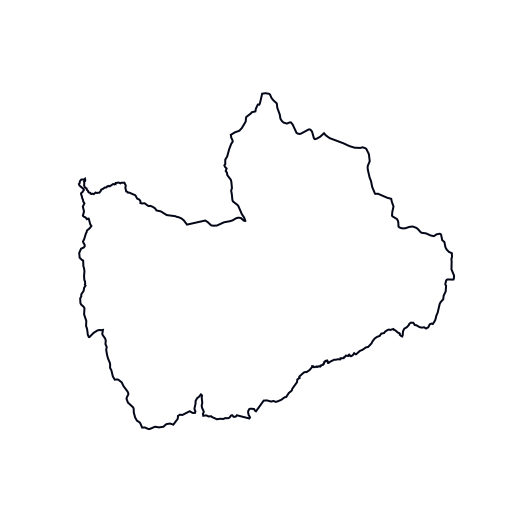 the district of Mongua, Boyacá, Colombia, rotated 160°
{"feature_id": "7082276B23995314387888", "entity_name": "Mongua", "entity_type": "district", "adm_level": 2, "iso_a3": "COL", "parent_name": "Colombia", "parent_adm1": "Boyacá", "projection": "natural_earth1", "projection_center": [-72.676, 5.698], "detail": "fine", "context": "isolated", "style": "outline", "palette": "ink", "viewbox_px": 512, "rotation_deg": 160, "n_neighbors": 0, "source": "geoboundaries", "source_scale": "gbopen_adm2", "svg_char_len": 6130}
<svg xmlns="http://www.w3.org/2000/svg" viewBox="0 0 512 512"><g transform="rotate(160 256 256)"><path d="M113.1,131.6L110.0,134.0L108.4,135.9L107.1,138.1L104.7,140.6L99.8,148.1L98.4,149.4L94.9,151.3L93.2,154.6L89.9,157.8L87.6,162.9L87.8,164.8L85.7,167.9L84.9,168.4L83.8,168.4L78.9,166.4L78.4,166.4L77.7,167.3L76.6,169.8L76.9,176.6L74.0,184.0L73.5,186.2L72.2,188.0L71.0,191.6L73.3,193.9L74.6,196.7L75.0,199.3L74.2,204.7L75.6,207.2L74.8,212.6L75.1,213.5L75.8,214.1L79.1,214.6L82.0,213.8L84.8,215.5L88.6,219.2L92.2,221.0L93.1,222.0L94.6,225.8L95.7,227.6L98.6,230.1L101.9,230.9L106.5,231.0L109.4,232.1L111.5,233.8L112.0,235.0L110.8,238.9L110.6,240.3L110.9,242.5L114.2,246.6L114.4,247.4L112.8,250.9L109.9,255.4L109.8,260.6L109.4,263.5L112.7,265.8L120.1,272.8L122.7,273.6L122.9,274.3L123.2,281.1L122.3,287.1L122.4,290.9L121.5,298.2L121.0,300.6L120.2,302.4L116.7,306.2L115.1,313.1L115.7,318.8L116.5,320.0L118.7,321.7L121.1,321.9L126.4,324.1L130.7,327.4L135.4,332.1L146.5,341.6L149.2,345.6L150.1,348.1L155.0,346.1L158.8,345.5L160.8,345.7L161.3,346.9L160.8,353.8L161.6,356.0L162.3,356.6L163.2,356.9L172.0,355.6L173.4,355.8L175.1,356.9L175.8,357.9L176.6,367.0L177.5,369.6L178.5,370.0L181.7,369.9L184.4,371.9L185.5,373.9L186.1,376.6L185.3,380.8L185.3,387.9L184.3,392.3L186.5,396.5L187.4,399.3L187.6,402.8L188.2,403.9L191.3,405.7L194.7,406.4L199.9,398.4L201.1,397.1L202.3,397.7L202.6,397.6L205.7,394.5L207.1,392.1L210.8,392.5L212.1,391.7L217.5,390.0L218.4,388.8L219.5,386.2L220.4,385.3L225.5,381.1L228.8,379.4L233.5,379.4L238.2,378.5L238.8,375.5L238.5,373.5L238.7,371.5L241.0,369.8L244.7,365.5L249.1,359.3L251.9,357.1L253.5,352.8L254.7,352.1L254.6,350.1L253.7,348.3L255.4,346.2L254.8,344.3L255.3,341.8L253.6,336.3L253.8,334.1L255.4,328.0L257.0,325.9L257.6,322.3L259.0,316.8L259.0,315.2L255.8,310.0L255.5,308.9L255.0,300.2L254.0,296.1L254.0,292.7L254.3,292.6L255.5,293.6L257.2,296.8L259.3,298.0L261.4,298.3L265.9,297.5L268.5,297.6L274.4,298.6L282.4,298.0L286.1,299.2L287.7,300.2L289.8,304.4L291.6,306.7L310.1,309.1L311.7,314.3L313.3,316.9L315.8,319.2L317.1,319.9L318.2,321.0L325.9,325.0L330.2,330.5L334.0,332.9L334.5,335.2L336.3,337.6L338.2,339.3L339.3,339.4L340.3,340.1L342.6,343.6L345.5,344.5L346.5,345.3L345.9,346.6L346.0,347.7L346.4,349.0L348.0,350.5L348.6,354.3L353.3,358.8L354.7,359.4L354.9,360.3L355.9,361.1L355.4,364.9L354.3,366.6L354.6,369.9L357.5,370.9L358.5,370.6L359.8,371.9L362.8,372.6L363.4,371.6L363.9,372.0L364.6,371.7L365.7,372.5L369.5,371.5L370.2,372.2L371.0,372.0L371.8,372.4L373.1,371.6L374.9,372.1L376.3,371.5L378.8,371.3L379.8,370.1L381.5,369.1L384.3,369.8L385.1,370.5L387.3,369.6L388.2,370.4L389.7,370.6L390.1,371.1L390.1,372.0L391.4,372.9L391.7,373.7L391.6,374.7L392.3,376.0L392.1,377.4L393.4,379.1L393.4,381.1L392.4,383.2L392.2,384.7L391.9,385.1L390.9,385.0L390.4,385.9L390.3,387.1L391.2,386.7L394.0,387.6L395.9,386.5L396.9,384.7L397.8,384.2L397.8,382.6L395.3,378.2L395.1,377.0L397.1,375.5L399.0,374.7L399.3,373.4L399.2,371.5L399.5,370.2L399.4,367.8L399.7,366.2L399.2,364.2L401.8,361.7L402.4,356.6L404.9,353.1L404.5,352.0L403.0,350.5L402.3,348.4L400.9,348.6L400.4,348.2L400.9,342.5L400.4,340.5L403.1,338.8L406.1,337.8L407.0,336.3L408.0,335.5L411.7,330.6L413.6,328.8L413.7,328.0L413.2,325.1L413.6,323.8L414.9,322.9L417.9,322.7L421.1,319.3L422.3,314.7L420.8,311.6L420.2,311.2L420.0,310.7L421.7,305.5L421.8,303.3L422.4,300.4L424.5,295.8L425.5,292.2L425.4,290.6L426.0,288.4L426.6,287.7L426.3,286.5L428.3,285.0L429.9,282.2L433.3,279.7L434.0,277.8L435.7,276.3L437.1,271.8L436.9,270.1L435.3,267.2L435.1,265.5L437.5,259.9L437.7,253.0L439.6,248.4L439.7,245.2L441.0,239.4L440.8,237.0L440.2,236.8L434.9,239.3L430.7,240.2L429.1,240.2L426.7,239.2L425.1,238.9L427.1,235.4L427.1,234.1L426.0,230.2L426.0,228.9L426.3,227.4L427.6,224.8L427.4,221.5L428.9,219.0L429.8,213.9L430.1,210.8L429.9,205.6L430.2,203.9L431.4,200.7L431.0,198.3L431.7,191.7L431.0,188.1L428.4,187.4L427.6,186.7L425.4,183.2L425.0,179.0L423.1,172.7L422.9,171.2L423.3,169.6L425.7,167.4L426.5,166.1L426.5,162.1L423.2,155.7L423.2,154.4L424.4,150.5L424.8,145.5L424.2,142.0L422.3,139.5L421.9,137.9L421.7,133.7L419.1,132.9L416.6,130.5L415.3,129.8L409.3,130.1L405.7,128.1L401.3,127.2L398.7,128.4L397.0,128.6L394.0,127.9L391.4,125.8L385.2,129.8L384.0,132.4L381.8,132.9L379.6,131.8L371.4,132.8L369.3,130.3L367.1,129.4L366.1,130.6L366.2,132.6L365.9,133.9L363.4,137.8L362.3,140.5L359.8,142.6L357.7,143.2L355.1,144.8L354.4,143.4L355.4,141.7L356.7,136.4L358.3,133.8L358.6,131.7L358.3,127.9L358.5,127.2L359.9,125.8L360.2,123.9L357.4,123.3L355.2,121.3L353.0,120.8L352.4,119.7L348.5,115.9L345.6,115.4L342.3,114.0L340.4,114.2L337.7,113.1L336.2,113.2L334.0,114.6L332.9,114.6L331.9,112.4L329.8,112.0L328.5,112.9L317.8,105.6L316.8,106.5L317.3,109.3L316.9,111.8L316.3,113.0L314.6,114.5L313.1,114.3L310.2,112.9L309.8,110.9L309.1,110.1L298.2,117.5L295.0,116.5L291.7,114.1L289.2,113.8L287.4,112.2L285.9,112.0L281.5,112.2L277.6,113.4L275.8,113.2L272.1,116.0L268.5,117.3L267.2,118.9L260.6,123.4L259.4,125.8L256.7,126.5L256.9,127.3L256.3,128.0L251.1,130.1L249.6,130.2L248.2,129.6L244.7,130.5L241.4,132.4L240.9,133.3L239.9,132.8L240.1,132.0L238.6,131.4L237.4,131.5L236.9,131.0L236.4,131.3L235.9,130.7L234.5,130.9L233.6,130.1L233.1,130.2L232.7,131.0L230.3,130.8L229.8,131.5L229.0,131.5L228.1,133.1L227.0,133.1L226.8,133.6L226.3,133.7L225.9,133.3L224.9,133.5L224.6,132.1L225.0,131.0L224.5,130.7L222.4,131.3L218.1,131.8L216.5,131.2L214.4,131.0L212.2,130.0L211.8,130.2L211.5,131.0L208.5,130.0L207.7,130.9L206.6,130.9L205.6,131.7L203.6,130.5L202.4,131.5L202.0,131.4L201.7,129.8L201.0,129.3L198.9,129.7L197.0,131.1L196.0,129.6L195.5,129.4L190.9,131.3L188.1,131.4L184.0,132.5L181.7,132.2L177.5,134.3L175.5,136.1L172.6,137.9L169.9,138.6L167.1,138.6L164.9,140.2L162.0,139.8L160.5,140.8L157.4,141.5L156.3,141.4L155.1,140.6L151.8,140.4L151.7,139.5L150.5,138.5L148.9,135.5L147.6,134.4L147.4,133.8L147.8,132.9L146.9,131.1L146.1,130.4L145.2,131.5L143.5,135.1L141.5,137.0L138.6,137.5L135.9,138.9L135.2,139.8L133.2,140.4L131.0,139.4L130.4,136.8L129.0,136.1L126.6,133.2L124.7,132.0L122.4,131.5L121.0,129.7L118.5,130.1L116.1,132.4L114.3,132.5L113.1,131.6Z" fill="none" stroke="#020617" stroke-width="2"/></g></svg>